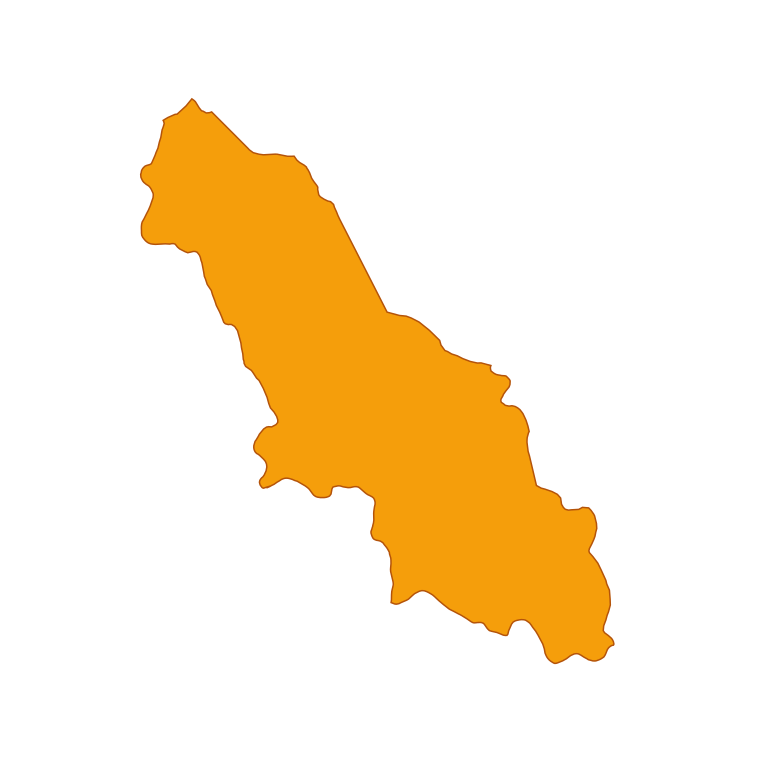 Saut, Micoud, Saint Lucia (Mercator projection), rotated 15°
{"feature_id": "8701671B56473836536162", "entity_name": "Saut", "entity_type": "district", "adm_level": 2, "iso_a3": "LCA", "parent_name": "Saint Lucia", "parent_adm1": "Micoud", "projection": "mercator", "projection_center": [-60.943, 13.813], "detail": "fine", "context": "isolated", "style": "filled", "palette": "amber", "viewbox_px": 768, "rotation_deg": 15, "n_neighbors": 0, "source": "geoboundaries", "source_scale": "gbopen_adm2", "svg_char_len": 6133}
<svg xmlns="http://www.w3.org/2000/svg" viewBox="0 0 768 768"><g transform="rotate(15 384 384)"><path d="M274.3,473.0L274.2,477.1L274.6,478.9L275.2,480.4L276.1,481.8L277.1,482.9L278.3,483.7L279.1,484.1L280.5,484.4L282.3,485.1L283.9,486.0L287.0,487.7L289.5,489.5L291.2,491.7L291.7,492.9L292.3,494.5L292.6,498.4L292.4,499.6L291.8,503.1L290.9,505.3L290.2,506.2L289.6,507.4L289.2,508.5L289.0,509.6L289.1,511.1L289.7,512.3L290.6,513.7L292.9,515.5L293.7,515.8L294.6,515.8L299.0,513.0L298.8,513.7L300.2,512.6L301.8,511.0L303.7,509.4L306.4,506.2L307.5,505.2L309.7,502.7L311.3,501.5L312.3,500.9L313.7,500.3L315.6,499.9L317.3,499.8L320.3,499.9L322.6,500.3L325.4,500.4L334.2,502.8L336.0,503.5L337.6,504.2L339.2,505.1L343.4,508.5L344.8,509.5L346.9,510.3L348.9,510.5L351.8,510.2L355.6,509.2L357.5,508.4L359.1,507.4L360.4,506.3L361.3,504.0L360.9,498.7L361.3,496.9L362.2,496.2L366.1,494.2L368.0,493.8L371.2,493.9L376.1,493.4L378.4,492.7L380.4,491.6L382.1,490.8L383.8,490.3L385.9,490.2L387.6,490.8L393.6,493.8L395.2,494.5L397.0,495.1L399.3,495.5L401.8,496.1L403.5,496.9L404.7,498.2L405.9,500.2L406.5,502.4L406.6,505.3L407.1,509.5L407.5,511.6L409.4,518.0L409.8,521.0L409.8,523.3L409.9,524.6L409.8,525.9L409.8,527.4L409.6,529.7L410.0,531.3L411.1,533.1L412.1,534.5L413.5,536.0L414.8,536.6L417.1,536.9L419.0,536.7L421.2,536.7L424.0,537.6L426.1,539.3L428.9,541.3L430.4,542.7L432.7,545.1L433.3,546.7L435.6,550.4L436.3,552.3L437.3,555.9L437.9,559.4L438.3,561.4L439.0,563.5L444.0,572.8L444.8,574.9L445.0,576.5L445.1,580.5L445.2,582.3L445.8,585.5L447.1,590.7L447.4,593.3L451.2,593.7L452.1,593.6L453.3,593.3L455.3,592.3L457.2,590.6L461.9,586.9L463.4,585.4L466.1,581.1L467.8,578.6L469.1,577.4L471.8,575.0L474.0,573.8L476.4,573.3L479.0,573.5L481.1,573.9L484.4,574.8L485.6,575.2L487.5,576.1L493.1,579.1L498.4,581.6L504.9,584.4L506.4,584.8L509.9,585.5L515.5,586.8L517.3,587.1L524.8,589.3L529.5,591.0L531.1,591.4L532.1,591.5L533.3,591.3L536.4,590.1L538.7,589.4L539.9,589.2L541.8,589.4L543.1,590.1L546.6,593.1L547.9,594.0L549.6,594.9L551.9,595.0L557.3,594.8L560.0,595.1L564.2,595.7L566.2,595.5L567.8,595.0L568.4,593.6L568.3,590.0L569.4,582.8L570.4,580.5L572.1,578.8L573.6,577.9L576.0,576.7L577.8,576.0L580.3,575.5L581.9,575.5L584.1,576.2L586.6,577.2L588.4,578.6L590.7,580.6L594.5,583.5L597.7,586.6L604.6,594.0L607.4,598.3L609.2,602.2L610.5,603.9L611.9,605.5L613.3,606.7L615.0,607.8L617.0,608.7L620.0,609.6L621.2,609.7L622.4,609.3L623.8,608.5L628.3,605.1L629.9,603.5L631.3,602.2L633.9,598.8L634.8,597.8L637.6,595.5L639.5,594.7L641.2,594.4L641.8,594.4L644.2,594.9L647.9,596.1L651.3,596.9L652.7,597.4L655.2,597.4L657.4,597.4L659.6,596.9L660.7,596.4L662.9,594.9L664.5,593.6L665.7,592.3L667.0,590.8L667.7,588.7L668.0,587.0L668.5,582.7L669.3,580.5L670.6,578.7L671.9,577.5L673.2,576.9L673.4,575.7L672.2,573.4L670.9,571.9L669.6,570.8L665.8,568.9L661.5,567.2L659.6,565.5L658.8,560.7L659.4,554.4L659.4,549.7L659.8,546.0L659.8,538.9L658.1,533.3L655.1,524.8L650.9,519.5L649.1,516.2L642.1,507.7L636.9,501.7L630.5,496.7L626.1,493.8L625.1,492.2L625.0,489.8L626.1,484.7L626.9,479.8L627.2,476.5L626.9,472.3L626.9,468.5L625.3,463.7L621.5,456.8L620.1,455.3L616.7,452.5L613.8,450.7L607.6,451.8L604.6,454.7L597.4,457.1L594.8,458.1L591.5,458.1L589.2,456.8L586.6,454.2L584.1,448.4L580.0,445.7L574.1,444.4L566.7,443.9L562.8,443.9L557.5,442.6L543.1,415.8L540.6,411.7L537.2,403.3L536.6,400.9L536.2,398.7L536.2,396.9L536.2,394.0L536.5,392.3L533.9,387.4L530.6,382.3L527.7,378.8L525.9,376.7L524.3,375.4L521.9,373.6L519.4,372.5L516.7,371.8L515.0,371.8L513.2,371.9L510.5,373.0L508.7,373.1L506.6,373.2L504.6,372.2L503.0,371.7L501.9,371.2L501.5,370.5L501.0,369.4L501.0,368.0L501.8,365.1L502.1,362.9L503.6,358.9L505.2,355.4L505.6,354.4L505.8,351.9L505.3,349.4L505.0,348.3L504.0,347.2L501.5,345.6L499.7,344.7L497.9,344.9L495.6,345.4L493.7,345.5L491.8,345.7L489.6,345.7L487.2,345.1L484.1,343.8L483.5,342.9L482.8,341.5L482.4,340.0L482.5,338.5L472.3,338.5L468.7,339.6L461.5,339.9L453.6,339.1L447.5,337.8L441.6,337.5L437.0,336.2L434.2,335.9L429.0,331.7L426.5,327.5L413.9,320.4L401.9,315.1L393.2,313.2L387.8,312.7L381.2,313.8L368.4,313.8L298.7,236.5L295.9,233.2L293.7,230.2L290.4,226.2L288.8,223.6L285.2,221.7L282.3,221.8L278.2,221.0L273.9,219.6L272.0,218.1L269.6,213.3L269.1,211.0L267.8,209.7L263.8,206.6L260.9,204.0L257.5,199.3L255.2,196.8L253.7,195.6L252.9,194.5L250.3,193.3L245.2,191.9L241.9,190.3L238.2,187.2L235.7,188.0L231.8,189.0L221.3,189.7L219.2,190.2L208.3,193.8L203.8,194.4L197.8,194.4L193.4,192.7L191.5,191.5L188.9,190.0L147.1,165.8L145.2,167.1L142.2,168.2L138.6,167.3L137.0,167.3L134.0,165.1L128.7,160.1L127.0,159.2L124.6,158.3L120.8,166.7L114.3,176.9L112.4,177.6L106.3,182.5L102.4,186.5L103.3,187.5L104.3,189.4L104.2,193.1L103.9,196.0L104.6,203.6L104.4,208.4L104.6,214.7L103.9,219.5L103.7,222.3L103.1,226.3L102.5,230.2L102.1,231.6L100.9,232.7L98.2,234.3L96.8,235.4L95.9,236.8L95.2,238.2L94.8,239.6L94.6,240.8L94.7,242.1L94.8,243.0L94.7,244.4L95.7,247.2L96.8,248.6L98.3,250.3L99.8,251.4L102.6,252.7L104.3,253.2L105.5,253.6L107.2,254.7L108.7,256.1L111.0,258.8L111.8,259.9L112.3,261.5L112.7,263.9L112.1,272.6L111.4,277.3L110.6,280.8L109.5,286.3L108.5,290.1L108.5,292.2L108.9,294.7L109.4,296.6L110.1,298.8L110.7,301.0L111.5,303.0L112.9,304.7L114.7,306.1L116.6,307.4L118.8,308.4L120.3,308.8L122.5,309.0L124.2,308.8L127.0,308.3L136.5,305.2L140.8,304.3L142.8,303.3L144.4,302.9L145.9,302.9L147.3,303.8L149.0,305.1L151.6,306.4L157.6,307.7L160.5,308.0L162.5,306.9L163.0,306.7L165.3,305.4L167.2,304.9L169.1,305.0L170.8,306.1L172.4,307.4L173.8,309.2L175.3,312.0L176.6,313.8L177.6,315.8L180.9,322.6L182.6,326.5L184.3,328.7L187.5,333.6L193.0,338.4L195.1,341.9L199.2,347.6L201.7,351.5L206.8,357.2L210.2,361.6L213.2,365.8L215.1,366.9L218.3,366.9L219.4,366.4L221.3,366.0L224.9,367.1L228.7,370.4L235.1,381.3L237.0,385.9L239.8,391.4L241.7,396.6L242.8,398.2L243.6,400.4L245.8,402.8L252.4,405.2L254.3,406.7L259.4,411.3L262.4,412.9L268.5,419.4L274.5,427.1L277.7,432.6L280.5,436.5L285.1,439.6L288.7,443.1L290.7,446.2L291.3,448.6L290.2,451.2L286.6,454.5L283.6,455.1L281.7,456.0L279.4,458.6L276.6,464.8L276.2,466.8L274.9,471.4L274.6,471.9L274.3,473.0Z" fill="#f59e0b" stroke="#b45309" stroke-width="1.5"/></g></svg>